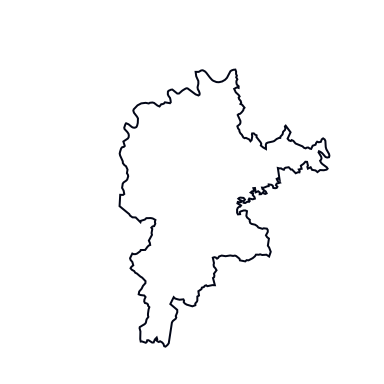 Campos Novos, Santa Catarina, Brazil (Equal Earth projection), rotated 140°
{"feature_id": "56859067B83022570879556", "entity_name": "Campos Novos", "entity_type": "district", "adm_level": 2, "iso_a3": "BRA", "parent_name": "Brazil", "parent_adm1": "Santa Catarina", "projection": "equal_earth", "projection_center": [-51.278, -27.42], "detail": "fine", "context": "isolated", "style": "outline", "palette": "ink", "viewbox_px": 384, "rotation_deg": 140, "n_neighbors": 0, "source": "geoboundaries", "source_scale": "gbopen_adm2", "svg_char_len": 6048}
<svg xmlns="http://www.w3.org/2000/svg" viewBox="0 0 384 384"><g transform="rotate(140 192 192)"><path d="M248.8,236.0L256.6,227.7L254.3,215.4L254.6,213.7L253.9,210.9L251.5,208.7L250.9,202.0L249.7,202.8L245.9,201.2L243.8,201.3L240.3,198.5L239.1,197.0L238.0,194.1L239.7,192.9L240.5,191.3L242.9,190.2L244.4,191.0L246.1,190.8L246.2,189.2L249.4,186.5L250.2,184.9L256.3,182.5L257.0,180.1L258.1,178.3L259.6,178.8L261.5,178.6L265.1,177.7L268.6,180.5L269.7,179.9L273.9,180.2L275.3,180.8L276.7,182.0L277.3,183.2L282.0,181.1L282.7,179.5L282.7,176.7L284.1,173.6L286.5,173.6L288.1,173.1L288.1,171.2L287.1,168.5L287.4,166.7L286.6,164.9L285.9,160.5L285.2,158.4L284.9,153.6L286.3,152.1L289.9,151.6L292.7,150.3L296.4,149.7L298.6,147.9L297.7,146.2L295.1,143.4L295.1,141.4L297.6,140.2L299.0,138.8L299.4,137.2L298.3,135.8L298.0,134.3L298.8,132.9L298.7,131.2L300.8,129.9L304.0,127.0L305.1,125.7L305.7,124.4L308.7,123.6L311.4,121.5L313.0,121.2L318.8,122.1L319.7,121.4L321.1,118.4L326.2,112.6L327.4,110.4L326.4,109.7L324.3,106.2L323.1,106.2L321.6,107.2L320.6,106.4L319.3,102.3L318.1,101.4L315.2,102.9L312.6,103.2L313.3,101.5L314.6,101.3L314.4,99.7L313.8,98.4L312.4,98.2L311.6,96.1L311.5,94.1L312.4,91.7L311.7,90.6L309.0,90.6L307.0,91.1L291.3,104.9L289.6,105.5L286.0,105.4L284.7,106.0L284.2,107.4L280.5,109.4L279.1,111.2L280.6,120.1L273.6,123.2L273.4,121.2L271.8,118.8L270.7,117.4L267.6,115.3L267.9,113.9L269.1,113.0L269.2,111.4L268.5,109.2L265.2,104.2L262.2,103.1L261.1,104.5L258.6,104.9L257.6,105.5L255.1,108.5L253.2,108.2L250.9,111.9L247.3,111.5L245.9,112.4L244.1,111.6L242.4,111.9L241.1,111.4L240.8,110.0L236.3,107.6L234.4,105.9L231.2,112.6L229.7,112.6L228.5,113.7L227.7,115.3L223.5,116.3L223.1,118.7L223.2,120.7L222.3,122.3L220.8,123.5L218.3,128.3L216.8,127.7L215.9,126.5L215.7,124.9L214.4,124.7L212.7,125.2L210.1,124.2L207.5,121.2L203.5,118.8L201.6,116.6L200.0,115.7L199.3,114.5L198.5,110.4L199.2,108.8L195.8,104.6L194.0,104.7L192.6,103.3L188.0,102.3L185.1,102.3L183.3,102.9L181.0,100.9L179.9,100.5L178.7,98.6L175.3,96.1L174.4,93.0L170.1,95.6L168.6,99.9L168.4,102.1L163.0,106.9L163.5,109.0L163.2,111.3L159.6,112.7L158.4,114.2L158.2,115.8L160.4,118.1L161.7,118.5L164.0,122.1L164.0,124.1L164.7,126.4L166.9,129.3L167.3,130.9L166.5,132.7L165.6,133.5L166.2,137.1L165.7,138.8L162.2,142.0L163.0,143.6L164.2,144.6L167.1,145.8L168.4,145.9L169.4,144.1L171.2,145.3L170.8,147.1L168.7,149.6L167.2,150.4L165.5,150.4L164.4,149.8L163.1,150.2L164.5,154.1L163.3,154.9L161.7,153.1L160.6,152.7L159.5,153.2L160.5,155.1L160.8,157.1L159.6,157.1L158.5,156.6L156.3,154.3L156.3,152.2L158.3,151.8L159.4,150.6L158.4,149.4L155.6,148.9L154.6,147.8L153.6,148.0L153.4,149.8L152.3,150.2L150.2,147.4L148.1,146.5L147.4,147.9L147.4,150.6L146.1,151.7L147.0,152.6L147.4,153.9L145.6,153.9L144.3,153.2L143.2,153.9L142.5,155.5L141.2,154.6L143.4,150.8L140.8,150.0L140.4,148.0L141.6,146.8L140.4,145.9L137.5,146.1L137.8,144.5L137.1,143.4L135.7,143.0L135.2,144.9L136.1,148.9L135.5,150.3L134.4,149.2L130.7,148.0L129.5,147.2L128.4,148.5L126.5,146.4L126.1,145.0L127.1,142.8L125.8,141.4L124.5,140.7L123.2,141.1L123.3,143.3L121.7,144.0L118.8,142.7L119.3,145.4L118.7,147.6L117.1,147.3L116.9,145.3L110.8,155.2L109.8,153.8L108.6,152.9L108.1,151.3L107.3,150.0L106.0,150.6L104.8,150.5L102.0,148.8L101.8,145.6L100.9,145.0L100.5,139.7L98.1,139.0L97.1,138.0L96.1,138.7L95.7,140.6L93.1,139.3L91.7,142.2L88.5,141.9L85.7,142.3L84.5,141.1L86.2,137.7L87.5,137.1L88.2,135.4L85.2,134.7L85.8,131.8L83.5,129.1L83.1,126.6L79.8,126.5L77.0,123.9L74.5,122.6L73.1,122.7L72.9,124.3L74.2,129.7L74.3,131.5L73.8,133.6L72.3,133.8L71.0,134.7L70.3,136.2L69.6,141.0L68.5,141.6L67.8,140.1L67.3,138.0L67.2,133.0L66.3,131.5L64.7,130.6L63.5,131.4L62.6,133.0L61.6,138.4L60.7,140.4L57.0,145.4L56.6,147.0L57.1,148.8L58.8,148.9L61.1,147.6L62.9,148.6L63.8,150.1L65.3,149.8L67.0,148.8L69.8,149.9L73.0,148.4L73.8,149.4L74.4,151.4L75.6,152.2L76.9,152.4L77.8,153.9L78.0,155.9L81.5,162.6L81.5,166.0L82.3,167.7L83.5,167.5L84.5,169.1L84.5,171.4L78.1,174.4L77.6,182.6L78.7,182.5L79.6,180.7L80.8,179.8L83.4,179.6L85.7,177.9L88.6,177.6L89.6,176.7L90.6,177.5L93.1,178.2L96.2,178.2L97.6,178.7L102.1,181.1L103.7,181.5L104.9,180.9L107.7,177.4L108.8,180.3L109.4,183.4L108.0,184.3L107.5,185.8L107.3,192.6L106.1,193.9L106.9,195.6L107.0,197.2L108.3,198.2L109.2,197.5L109.9,196.1L112.9,193.5L114.6,193.3L114.4,195.5L115.9,198.8L117.1,199.4L117.6,200.8L117.0,203.9L117.2,205.8L116.7,207.9L115.9,209.1L115.8,211.2L115.0,213.2L111.7,213.2L110.5,213.8L109.3,215.2L107.5,221.6L106.3,221.7L104.8,221.0L102.9,221.1L100.3,221.6L99.1,222.5L97.6,222.8L97.5,226.6L98.3,228.3L97.0,228.7L96.2,230.4L96.2,232.9L95.6,234.3L94.1,234.6L93.9,236.3L94.4,240.2L93.4,243.9L90.3,243.3L89.4,241.8L88.3,243.0L88.6,245.5L87.8,247.1L86.6,248.5L84.8,249.2L84.4,251.5L82.9,252.2L82.4,254.1L80.8,255.9L80.1,257.9L81.7,259.0L83.6,259.7L85.0,259.8L91.8,257.0L94.6,256.7L97.9,257.3L100.8,258.8L102.6,260.5L104.2,263.5L104.6,265.0L104.7,268.3L104.4,274.2L104.6,276.2L105.5,278.3L106.8,279.2L109.6,279.7L112.0,281.7L114.4,277.9L115.8,273.0L117.6,270.8L120.4,268.7L121.5,266.9L121.9,264.7L122.7,262.7L123.7,261.7L125.0,261.8L126.5,264.5L128.8,274.2L129.7,275.1L131.4,275.5L134.2,275.9L138.7,275.8L140.0,276.9L141.2,283.1L142.4,283.9L145.0,284.6L146.0,284.3L146.8,283.4L147.7,282.4L148.2,280.9L148.4,278.1L149.5,276.0L150.6,274.4L151.8,274.2L155.1,278.1L156.6,277.8L158.0,278.2L159.1,279.0L161.9,278.4L162.9,280.4L163.8,284.6L164.8,286.0L166.9,287.4L168.2,287.6L170.2,290.1L173.9,292.5L178.0,293.4L183.5,292.8L184.7,292.0L185.5,290.0L185.7,285.1L186.1,283.1L189.2,279.7L191.4,278.1L192.9,277.5L194.5,278.0L195.7,279.2L196.3,280.5L197.1,284.7L198.3,287.0L199.5,286.7L202.6,284.8L203.2,283.6L203.0,279.5L203.2,277.5L203.9,276.1L205.3,274.7L206.7,274.2L212.1,274.8L213.9,270.5L215.3,270.4L216.7,271.2L218.3,270.9L221.3,269.0L222.7,267.9L223.6,266.2L225.3,260.1L226.4,258.5L226.5,256.1L226.0,254.1L227.0,250.6L229.8,248.2L230.0,246.5L230.7,245.1L233.6,243.2L235.1,243.0L238.2,243.3L239.7,242.9L242.9,240.1L243.5,237.0L245.2,234.0L246.7,234.1L248.8,236.0Z" fill="none" stroke="#020617" stroke-width="2"/></g></svg>